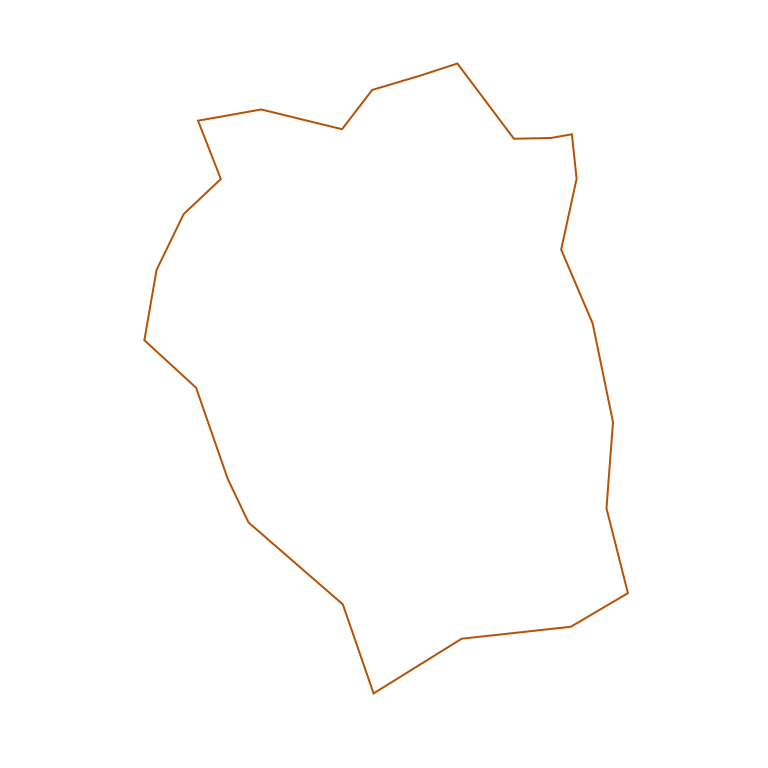 Cesvaines, orthographic projection, rotated 170°
{"feature_id": "LVA-5785", "entity_name": "Cesvaines", "entity_type": "Municipality", "adm_level": 1, "iso_a3": "LVA", "parent_name": "Latvia", "parent_adm1": "", "projection": "orthographic", "projection_center": [26.276, 57.013], "detail": "fine", "context": "isolated", "style": "outline", "palette": "amber", "viewbox_px": 768, "rotation_deg": 170, "n_neighbors": 0, "source": "natural_earth", "source_scale": "10m", "svg_char_len": 488}
<svg xmlns="http://www.w3.org/2000/svg" viewBox="0 0 768 768"><g transform="rotate(170 384 384)"><path d="M448.0,81.1L462.8,174.1L541.5,271.2L554.4,317.9L569.7,412.9L612.4,468.7L588.2,535.8L551.7,586.2L509.1,614.2L521.4,675.6L457.3,675.7L381.1,642.2L344.5,675.7L295.7,681.3L256.1,686.9L213.5,603.0L176.9,597.3L155.6,597.3L158.7,552.6L186.2,485.6L168.0,407.3L165.1,306.7L186.5,222.9L180.1,135.7L242.2,112.5L351.7,119.7L448.0,81.1Z" fill="none" stroke="#b45309" stroke-width="2"/></g></svg>